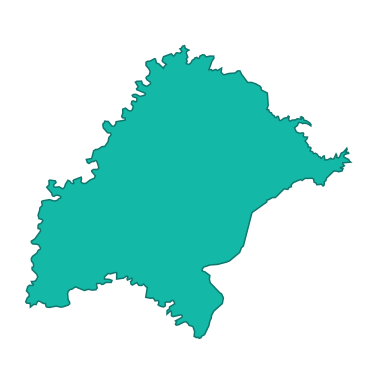 the district of San Pedro el Alto, Oaxaca, Mexico, rotated 96°
{"feature_id": "50627088B47026157219910", "entity_name": "San Pedro el Alto", "entity_type": "district", "adm_level": 2, "iso_a3": "MEX", "parent_name": "Mexico", "parent_adm1": "Oaxaca", "projection": "orthographic", "projection_center": [-96.479, 16.023], "detail": "fine", "context": "isolated", "style": "filled", "palette": "teal", "viewbox_px": 384, "rotation_deg": 96, "n_neighbors": 0, "source": "geoboundaries", "source_scale": "gbopen_adm2", "svg_char_len": 5980}
<svg xmlns="http://www.w3.org/2000/svg" viewBox="0 0 384 384"><g transform="rotate(96 192 192)"><path d="M336.0,167.8L334.5,167.4L332.5,164.6L323.3,161.3L318.3,160.7L315.4,159.6L312.9,159.7L308.2,157.9L299.8,150.2L293.9,149.7L290.1,152.1L289.4,153.8L280.4,164.4L277.0,165.6L273.2,165.5L270.2,170.5L269.4,173.6L267.9,173.9L265.4,172.5L262.7,166.5L261.3,158.9L258.2,150.6L256.5,147.4L247.1,138.3L242.1,137.0L240.4,135.3L206.2,130.2L194.2,116.7L192.1,116.5L191.6,114.9L189.2,111.6L188.8,108.5L179.2,100.7L179.4,96.9L177.2,95.9L176.4,93.7L174.5,94.1L172.0,92.1L168.3,85.5L169.0,83.6L166.7,81.2L165.8,73.9L166.5,72.4L169.5,71.6L170.0,69.8L171.8,68.6L170.7,64.2L172.3,62.3L171.3,61.3L168.1,61.5L166.8,60.1L164.0,59.6L156.3,53.1L156.1,50.1L156.6,48.4L155.4,45.0L153.1,44.3L152.7,46.8L152.0,46.8L151.2,44.5L149.9,43.2L148.4,45.1L147.3,45.1L145.7,37.3L144.8,38.7L143.4,39.5L141.4,44.4L140.5,45.0L138.6,44.0L137.2,40.2L136.3,40.6L136.3,43.2L133.4,42.2L132.3,42.6L136.4,45.5L137.8,47.7L141.4,48.8L142.9,49.9L142.5,51.7L140.4,51.8L139.1,52.7L144.2,54.4L144.7,56.3L143.8,57.5L145.8,60.5L146.2,63.2L142.3,64.3L142.6,65.1L144.8,66.6L145.0,67.5L143.8,68.2L143.6,69.6L141.2,71.8L140.6,73.2L141.1,75.1L139.4,76.4L138.7,78.9L135.9,78.2L135.1,79.2L135.1,81.2L133.0,81.5L129.4,84.9L126.9,83.1L125.3,82.9L125.6,86.2L124.4,87.3L122.4,87.0L121.5,87.8L122.4,91.1L121.3,94.5L117.4,96.8L114.9,94.2L111.8,93.2L111.6,90.8L112.4,89.1L111.8,87.5L111.9,84.7L113.8,80.7L112.3,80.8L110.8,82.4L109.1,85.9L108.9,88.1L106.6,89.1L105.7,90.9L106.2,91.9L107.4,90.7L108.2,90.9L108.1,95.0L109.5,96.7L110.0,99.9L111.3,101.7L110.9,102.7L109.3,103.5L107.0,103.2L106.4,104.2L108.2,105.2L108.8,107.9L111.7,111.3L111.7,112.5L107.9,114.0L107.9,115.2L109.2,116.0L108.9,117.6L107.7,118.1L106.7,120.3L104.9,121.3L104.5,123.3L102.1,124.4L102.3,126.2L97.7,125.3L85.7,127.4L83.2,133.8L80.7,134.3L79.6,135.6L77.7,140.1L76.8,144.2L77.2,148.1L69.9,154.9L66.6,156.9L66.7,159.1L69.2,161.7L70.2,167.5L72.0,172.2L71.8,173.4L70.0,175.5L65.7,175.5L68.6,179.3L67.6,181.1L69.3,184.5L68.2,185.6L68.7,188.0L59.7,185.8L56.8,184.2L54.6,184.6L55.0,188.6L56.2,192.0L54.4,194.0L54.4,195.8L55.9,198.2L58.0,198.8L58.7,200.0L57.6,201.3L58.2,203.0L59.9,203.9L61.0,205.6L63.2,206.2L65.1,208.0L65.5,208.9L64.9,211.0L64.2,211.3L62.5,210.4L60.3,211.6L58.3,210.3L54.4,212.3L52.9,212.1L51.2,209.9L49.9,213.7L47.2,214.7L48.0,216.7L50.1,217.6L50.9,219.0L53.0,216.8L54.5,217.6L55.2,218.9L55.2,222.1L58.5,224.1L58.7,224.8L56.7,227.0L60.4,234.5L64.5,235.4L65.8,234.4L67.7,230.8L70.1,232.8L72.0,233.3L68.1,238.3L67.4,240.8L63.5,242.3L63.3,243.2L66.2,247.4L66.6,249.8L67.8,251.3L70.9,251.0L74.2,247.6L76.7,246.2L80.1,246.8L82.4,249.4L83.4,249.7L85.0,248.6L87.3,244.8L88.7,244.5L91.6,247.8L91.2,250.0L89.8,252.6L87.0,253.8L87.7,258.6L88.7,259.8L92.8,256.6L93.7,256.6L95.1,258.0L96.0,257.7L98.7,248.8L99.7,248.6L100.7,249.3L102.4,253.7L100.7,257.9L101.1,260.3L102.1,261.6L103.4,260.7L104.3,256.7L106.4,256.4L108.4,257.2L107.5,259.7L108.1,261.3L110.9,261.6L112.8,259.5L114.0,259.5L116.4,260.0L117.5,260.9L118.0,262.0L117.3,264.3L115.5,266.8L116.9,269.6L120.5,269.1L124.4,269.8L125.4,269.0L125.5,266.2L127.5,266.0L130.0,274.8L132.4,275.0L134.6,276.3L134.9,277.2L134.6,278.7L130.6,282.7L130.7,286.3L131.8,286.3L133.9,287.8L137.5,286.9L141.9,282.2L141.9,279.4L142.9,278.5L144.0,278.6L146.3,280.3L150.9,280.8L155.8,283.5L156.3,286.3L159.4,290.0L159.8,292.3L161.3,294.1L169.2,295.3L170.7,300.5L173.7,299.1L174.4,297.5L172.0,294.4L172.1,293.1L170.8,291.6L171.2,290.1L172.2,289.5L177.0,287.4L178.5,287.5L179.4,288.2L179.9,292.4L181.1,293.9L182.2,293.8L186.0,289.9L188.4,290.4L190.7,294.6L194.3,298.2L194.9,300.4L194.4,302.5L193.2,303.6L190.3,303.2L188.8,303.8L192.3,310.7L193.2,311.4L195.5,310.5L196.2,311.1L195.6,313.3L194.1,314.4L193.3,316.6L197.3,318.6L200.7,319.3L202.4,320.9L200.7,324.8L201.6,328.5L201.3,329.8L199.3,330.4L196.8,328.2L195.2,329.0L195.0,334.7L195.7,335.5L199.7,334.8L202.5,337.0L207.6,331.6L210.4,330.4L210.8,328.8L209.5,327.1L209.2,325.5L209.7,323.0L210.8,321.8L211.8,322.0L212.5,323.6L214.4,325.2L215.4,328.0L214.5,332.9L215.9,338.0L216.8,340.3L217.4,340.5L221.0,339.5L223.7,341.6L226.8,341.7L231.0,342.7L234.5,341.4L235.1,338.0L236.2,337.3L239.2,339.0L240.0,341.0L241.3,341.6L244.5,341.3L244.5,339.3L246.6,338.5L255.2,343.5L257.7,346.7L259.3,346.3L260.3,345.0L260.2,340.5L260.8,338.8L263.6,336.8L264.7,336.9L265.9,338.7L269.1,340.0L272.7,343.9L275.1,344.9L277.5,344.4L279.4,342.5L281.7,341.8L283.4,342.1L283.6,343.2L285.9,342.9L290.1,337.7L292.8,336.5L296.4,338.1L297.4,339.5L297.8,342.4L299.4,341.6L300.5,340.0L301.5,340.4L301.8,344.0L303.4,345.5L307.7,346.3L310.0,343.6L312.5,343.0L314.5,344.7L318.6,345.9L319.8,344.9L319.7,341.3L323.4,340.7L320.2,337.6L320.3,335.3L317.2,334.3L316.6,333.2L316.8,331.5L318.4,328.3L318.2,326.1L320.7,325.4L321.6,324.5L321.7,321.7L319.7,315.2L320.2,310.5L319.8,308.5L317.4,303.2L316.0,302.0L314.9,302.0L311.7,304.0L306.2,305.1L304.0,304.8L302.0,303.4L301.0,300.9L298.5,298.1L301.2,288.6L299.6,285.0L300.0,281.1L299.3,277.4L297.3,276.2L294.5,277.3L293.0,277.1L292.4,273.5L293.4,272.1L292.9,270.4L291.0,268.4L290.4,262.9L288.3,262.3L287.5,265.5L287.8,269.9L285.5,270.1L281.9,267.0L281.9,264.4L280.0,259.7L280.2,258.4L286.5,257.9L284.9,251.3L282.4,248.1L282.9,246.9L285.4,247.5L286.3,247.0L284.0,242.8L286.0,242.3L287.6,243.8L290.1,242.9L290.8,241.7L287.9,237.4L290.4,235.1L290.2,232.1L288.6,230.5L291.1,227.8L291.4,226.5L301.6,227.0L302.0,222.3L301.5,219.4L304.2,217.3L303.5,215.0L304.1,213.7L305.9,213.4L307.7,214.0L308.9,211.6L309.3,208.2L308.1,206.7L304.9,207.2L304.2,206.4L303.7,202.2L301.8,200.4L301.9,199.6L302.6,198.6L305.0,197.5L308.6,202.3L310.5,202.2L312.6,204.4L316.1,204.1L312.4,200.9L313.5,199.9L317.3,199.5L317.9,197.8L315.2,189.9L316.1,188.8L317.6,188.8L321.9,195.0L322.8,193.8L325.1,194.7L326.1,193.8L325.3,191.3L322.2,186.5L321.6,184.4L323.5,181.9L324.9,181.0L325.6,177.1L330.4,174.8L335.4,174.8L336.3,172.3L335.9,170.5L336.8,169.6L336.0,167.8Z" fill="#14b8a6" stroke="#0f766e" stroke-width="1.5"/></g></svg>